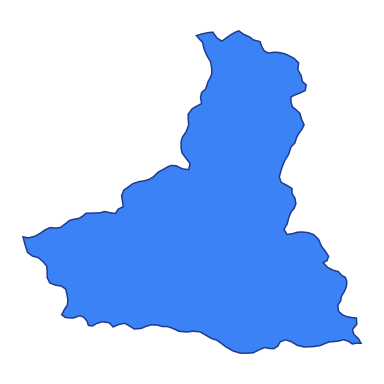 Mendes Pimentel, Minas Gerais, Brazil
{"feature_id": "56859067B15829263431037", "entity_name": "Mendes Pimentel", "entity_type": "district", "adm_level": 2, "iso_a3": "BRA", "parent_name": "Brazil", "parent_adm1": "Minas Gerais", "projection": "mercator", "projection_center": [-41.353, -18.606], "detail": "fine", "context": "isolated", "style": "filled", "palette": "blue", "viewbox_px": 384, "rotation_deg": 0, "n_neighbors": 0, "source": "geoboundaries", "source_scale": "gbopen_adm2", "svg_char_len": 2760}
<svg xmlns="http://www.w3.org/2000/svg" viewBox="0 0 384 384"><path d="M361.0,343.3L358.5,338.7L353.9,334.4L352.4,329.7L356.8,324.2L356.4,318.1L350.3,317.3L346.1,316.4L342.4,314.8L338.6,311.3L337.8,305.3L340.7,300.8L341.3,296.5L344.3,291.5L346.4,286.7L346.8,281.5L345.4,277.5L341.5,275.2L338.2,271.5L333.0,270.2L327.6,267.4L323.0,262.7L326.9,260.8L328.6,256.4L325.5,251.5L321.5,246.2L318.6,239.5L313.8,234.7L308.1,232.6L302.0,232.0L297.5,232.2L292.7,233.6L287.1,234.5L284.0,229.4L287.2,223.9L288.9,217.2L291.4,211.5L294.2,208.3L295.9,203.7L294.9,197.9L292.0,193.6L292.0,188.5L286.8,185.3L281.1,182.3L279.3,177.0L280.7,171.5L282.8,165.2L285.0,160.2L288.6,154.4L291.0,146.9L294.9,142.9L296.7,137.2L299.4,132.6L302.0,129.2L304.1,124.8L301.6,119.5L299.9,113.3L295.9,109.6L292.5,106.9L290.9,102.0L291.0,96.8L295.6,94.7L300.1,93.0L305.2,90.5L306.2,85.0L302.3,81.3L301.2,75.6L297.9,69.8L298.6,62.8L294.0,58.4L289.6,56.0L284.9,53.8L279.9,52.6L274.2,52.2L268.7,53.1L264.3,51.0L262.2,47.5L260.0,41.6L253.4,39.9L250.0,37.2L243.4,34.2L238.8,30.8L234.9,32.4L231.0,34.6L226.6,37.7L222.0,41.1L217.0,38.1L212.9,32.2L208.3,32.6L202.9,33.7L196.4,35.6L199.4,39.1L202.7,42.5L203.9,48.4L206.8,55.4L210.5,61.6L211.7,68.2L211.7,74.2L210.0,78.1L207.9,82.0L205.7,88.9L201.6,92.6L200.5,97.4L201.6,103.6L196.1,106.4L192.0,109.0L188.1,114.3L188.3,120.6L188.7,124.8L186.4,131.3L182.4,137.2L181.1,141.6L181.1,147.8L182.0,152.8L185.5,157.6L190.0,163.5L188.7,169.6L182.6,168.9L175.9,165.7L170.9,165.5L167.2,167.1L163.3,169.4L158.2,172.1L153.4,176.8L148.9,179.5L143.8,180.9L139.0,181.6L132.7,183.7L127.8,187.4L124.0,189.9L121.6,195.6L122.5,201.4L123.3,206.6L118.2,209.2L115.5,213.4L110.7,212.9L104.8,211.5L99.6,212.9L92.0,213.1L85.9,213.3L82.7,216.1L78.9,218.4L74.5,219.1L69.7,220.4L64.9,224.1L60.8,227.3L56.2,228.1L49.9,227.6L44.6,230.1L40.5,233.1L35.3,236.1L28.3,237.9L23.0,236.8L24.8,243.9L27.5,252.4L32.5,256.1L38.2,257.6L43.1,261.7L46.8,266.2L47.2,272.2L47.2,277.7L49.9,283.0L55.4,285.1L61.3,286.1L65.6,289.0L66.9,294.0L67.8,299.3L67.5,304.6L64.5,309.3L61.7,314.7L65.3,317.5L73.0,318.1L79.9,315.7L83.9,317.3L87.0,321.2L88.4,325.4L92.4,326.0L96.6,323.5L102.6,321.7L109.4,322.8L113.1,327.0L119.0,324.4L124.7,323.3L129.6,326.0L134.3,329.0L141.4,328.4L145.3,326.6L150.9,324.9L157.1,325.0L162.3,326.5L167.8,326.6L172.8,328.4L179.0,331.3L186.9,332.0L192.9,331.2L200.1,331.9L206.4,335.5L211.4,338.5L216.7,340.1L221.2,343.3L226.0,347.0L233.1,351.0L240.4,353.2L247.2,353.2L253.2,352.8L259.1,349.8L264.7,347.5L269.3,348.5L274.0,348.6L277.6,346.3L280.3,341.7L285.5,339.8L291.2,341.7L297.4,345.4L304.2,347.0L313.0,346.6L319.7,345.7L325.0,343.5L329.3,341.9L333.9,341.6L338.7,341.0L343.5,339.7L348.3,341.2L352.4,344.0L356.7,343.1L361.0,343.3Z" fill="#3b82f6" stroke="#1e3a8a" stroke-width="1.5"/></svg>